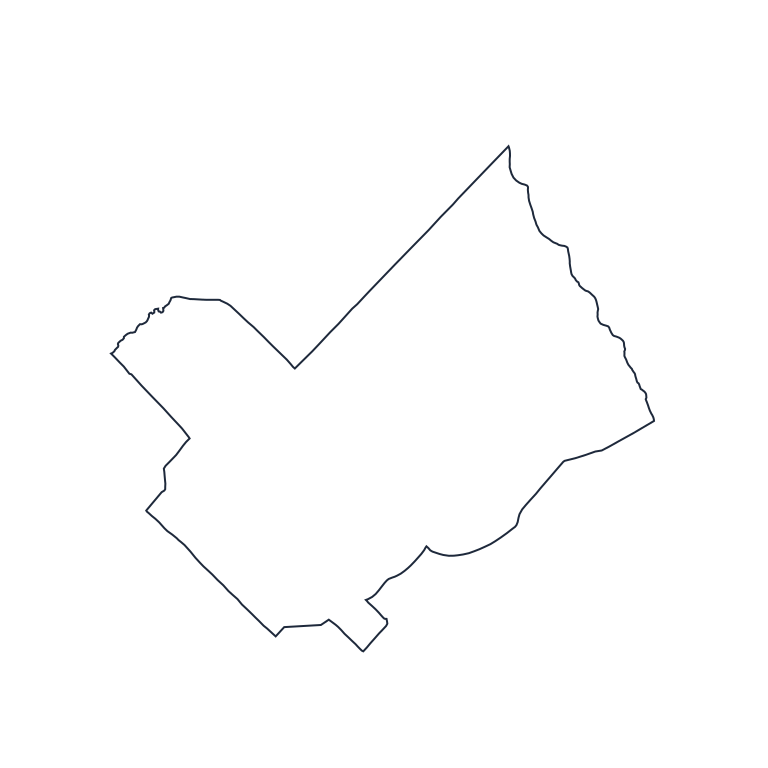 outline of Siem Reap, Siemréab, Cambodia, rotated 224°
{"feature_id": "14789045B16739970374251", "entity_name": "Siem Reap", "entity_type": "district", "adm_level": 2, "iso_a3": "KHM", "parent_name": "Cambodia", "parent_adm1": "Siemréab", "projection": "natural_earth1", "projection_center": [103.853, 13.34], "detail": "fine", "context": "isolated", "style": "outline", "palette": "slate", "viewbox_px": 768, "rotation_deg": 224, "n_neighbors": 0, "source": "geoboundaries", "source_scale": "gbopen_adm2", "svg_char_len": 5362}
<svg xmlns="http://www.w3.org/2000/svg" viewBox="0 0 768 768"><g transform="rotate(224 384 384)"><path d="M298.4,126.9L286.6,127.2L286.9,139.8L262.0,166.8L260.0,176.1L251.6,177.2L248.4,177.4L244.0,177.3L238.8,176.9L233.6,177.0L228.6,177.0L223.7,177.1L220.7,176.9L217.5,176.8L214.7,176.8L213.2,177.3L213.3,182.6L213.7,187.9L214.0,195.1L214.3,201.1L214.3,205.8L214.4,211.4L215.1,213.9L217.0,215.4L218.2,216.2L219.0,216.8L220.1,215.8L221.0,215.4L222.7,215.4L225.5,215.6L228.7,215.9L233.6,216.1L238.7,216.0L243.5,215.8L245.6,216.1L247.0,216.1L246.0,218.2L245.6,219.5L244.6,222.6L244.1,227.1L244.4,232.1L244.8,235.6L245.4,241.3L245.5,244.7L245.2,247.0L243.6,250.5L242.4,252.8L241.5,255.1L240.2,259.2L239.4,263.7L238.9,268.3L238.7,272.1L238.7,277.7L238.9,283.0L239.1,287.6L239.7,292.4L240.5,295.3L240.7,296.7L238.1,296.8L235.2,296.5L232.7,297.1L228.7,299.0L226.0,300.3L222.6,302.2L218.0,305.5L214.4,309.1L211.9,312.1L208.7,316.3L205.4,321.3L203.6,325.0L203.0,326.2L200.6,331.4L198.4,336.9L196.2,342.7L194.8,348.1L193.4,354.5L192.0,362.1L191.1,368.6L190.5,372.3L190.7,374.5L191.9,377.5L194.3,381.2L196.1,384.5L197.5,389.8L197.9,395.3L198.2,402.5L198.4,410.6L199.0,417.5L199.5,426.1L200.1,436.9L200.5,443.4L201.0,452.6L200.7,454.2L194.8,463.6L189.8,472.8L185.1,482.2L181.2,487.4L178.6,495.2L175.3,506.2L170.4,522.2L164.1,545.0L165.3,546.0L167.1,547.1L168.2,547.5L169.5,548.0L171.2,548.4L172.8,549.0L174.2,549.5L177.1,550.9L179.1,552.0L181.2,553.0L182.4,553.6L183.4,554.0L185.2,554.9L185.7,556.4L186.8,557.4L187.5,558.0L188.5,558.8L190.1,559.3L191.8,559.4L193.0,559.2L194.4,559.1L195.8,558.7L198.7,560.1L199.9,560.8L201.2,561.3L202.7,561.1L204.0,561.6L206.3,563.0L207.8,563.8L209.1,564.6L210.3,565.5L211.6,565.9L212.6,566.0L213.9,566.3L215.0,566.5L216.3,567.1L217.8,567.1L219.2,567.3L221.6,567.6L223.9,568.4L226.8,569.8L229.5,570.7L230.6,571.2L232.7,573.5L233.7,574.3L234.3,575.8L234.9,576.7L236.6,577.5L237.9,578.4L239.1,579.5L240.2,580.4L241.0,580.8L242.1,581.1L244.0,581.1L245.5,581.0L246.9,580.7L248.9,579.9L250.2,579.3L251.8,578.4L253.4,578.1L256.2,578.8L257.7,579.4L259.1,579.9L261.2,581.0L262.7,581.2L264.5,580.4L267.3,578.9L270.1,577.9L272.0,578.2L273.8,578.6L275.0,579.3L276.0,579.9L277.3,580.8L278.5,582.3L280.0,583.7L281.0,585.1L282.0,586.7L283.5,587.7L285.2,588.8L286.9,589.9L288.3,590.8L289.7,591.6L291.5,592.4L293.4,592.8L296.7,592.7L299.3,592.7L301.4,592.4L304.0,591.1L306.5,590.8L308.7,590.6L310.0,590.6L311.2,590.5L312.6,590.9L313.4,591.5L314.8,592.2L316.4,591.8L318.4,592.0L319.8,592.6L321.3,592.7L323.4,592.7L325.4,593.3L326.8,594.2L328.1,595.2L329.9,596.5L331.7,597.8L334.2,599.8L335.5,601.2L337.4,602.9L339.8,604.8L341.9,606.2L343.7,607.4L345.7,609.0L346.9,609.6L348.5,609.3L350.2,608.6L352.0,607.2L353.6,606.2L355.1,605.4L356.7,605.2L360.6,603.6L363.2,603.2L366.0,603.0L369.3,602.3L372.4,601.7L375.3,601.7L377.1,601.9L378.6,602.1L382.1,603.6L385.0,604.5L386.6,605.4L387.8,606.1L391.3,607.7L394.6,609.7L396.6,611.2L400.2,613.1L403.1,614.5L406.8,616.5L409.6,618.6L411.4,620.4L413.2,621.7L415.4,623.6L416.7,625.2L417.6,625.9L419.0,626.1L421.3,625.2L423.9,623.7L426.5,622.8L430.3,622.2L434.2,622.4L438.2,623.8L440.9,625.3L444.2,627.2L446.2,629.5L448.0,631.2L449.9,633.2L451.8,635.6L453.6,637.4L455.5,639.1L458.5,641.0L459.6,641.5L459.6,616.3L459.5,569.1L459.1,561.0L459.3,543.8L458.8,525.4L459.0,501.1L459.1,477.5L459.0,441.4L458.9,433.2L458.7,422.8L459.2,416.1L458.8,404.8L458.5,395.6L458.7,384.0L458.4,367.3L458.3,357.5L458.4,354.2L458.7,342.4L458.9,333.2L461.4,333.1L464.8,333.5L470.8,334.0L478.0,334.0L484.8,334.0L490.0,334.0L496.6,334.1L503.0,334.3L512.2,334.3L517.3,334.4L524.5,333.9L530.5,333.8L537.0,333.8L542.8,333.7L548.7,333.6L552.5,332.9L557.0,331.4L559.2,330.6L560.4,330.5L561.5,329.6L564.1,327.1L566.6,324.7L570.8,320.7L573.5,318.3L576.4,315.8L579.8,312.9L582.5,310.4L586.0,308.3L589.0,306.4L591.8,304.7L594.0,302.6L595.3,300.7L596.5,299.0L596.8,298.0L595.7,295.8L595.2,293.8L594.6,292.2L594.9,290.0L595.4,287.6L595.1,286.3L595.7,285.2L594.8,284.5L593.5,283.4L593.2,281.8L594.0,280.4L595.5,280.4L596.5,279.7L598.2,280.5L598.8,281.3L599.9,279.8L600.6,278.9L600.6,277.3L599.8,276.8L598.9,275.8L599.4,273.7L601.1,273.6L601.7,272.1L601.4,270.6L600.6,270.1L599.7,269.0L598.9,266.7L598.4,265.4L598.2,264.4L598.2,262.8L598.5,261.8L599.3,259.5L599.9,258.5L601.1,257.5L601.1,255.8L601.1,254.7L600.8,253.0L599.9,250.9L599.2,248.4L599.9,247.3L600.7,246.0L601.9,245.0L603.3,242.1L603.7,239.8L603.9,237.3L602.9,236.2L602.8,234.2L603.5,232.2L603.7,229.0L603.2,227.9L601.8,227.1L601.1,226.0L601.2,224.0L601.2,222.7L601.2,221.5L600.7,220.3L600.9,217.7L601.5,216.3L596.2,216.2L589.2,215.9L583.3,215.8L574.3,214.5L572.4,215.5L557.1,214.4L541.8,213.8L525.7,213.3L514.2,212.5L498.5,211.7L489.3,210.4L487.8,210.2L486.0,209.8L486.1,204.7L485.7,200.0L484.7,192.7L484.2,188.5L484.2,183.0L484.2,178.5L484.3,173.5L483.6,170.2L480.9,168.1L478.3,165.8L475.3,163.2L472.0,160.4L470.0,158.1L468.3,156.3L468.0,154.7L468.8,151.7L467.2,128.9L467.1,127.8L465.9,127.5L463.4,127.7L459.3,127.8L454.9,128.2L449.5,128.3L441.7,127.7L437.6,127.7L431.7,128.6L426.0,129.1L423.4,129.0L420.4,129.3L415.6,129.6L406.9,129.0L398.9,128.0L392.4,127.6L387.2,127.4L380.4,127.6L375.1,127.7L367.6,127.4L359.8,127.6L352.0,127.0L346.0,127.2L340.0,127.5L333.0,126.7L326.6,126.8L318.9,126.8L314.2,126.7L309.3,126.7L302.6,126.5L298.4,126.9Z" fill="none" stroke="#1e293b" stroke-width="2"/></g></svg>